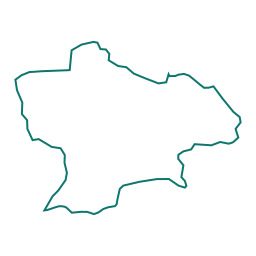 Kembé, Basse-Kotto, Central African Republic
{"feature_id": "33826404B30338372331060", "entity_name": "Kembé", "entity_type": "district", "adm_level": 2, "iso_a3": "CAF", "parent_name": "Central African Republic", "parent_adm1": "Basse-Kotto", "projection": "albers", "projection_center": [21.614, 4.522], "detail": "fine", "context": "isolated", "style": "outline", "palette": "teal", "viewbox_px": 256, "rotation_deg": 0, "n_neighbors": 0, "source": "geoboundaries", "source_scale": "gbopen_adm2", "svg_char_len": 1202}
<svg xmlns="http://www.w3.org/2000/svg" viewBox="0 0 256 256"><path d="M168.6,74.3L166.2,82.3L158.5,83.4L145.2,78.3L133.8,73.6L126.3,67.2L118.1,66.0L108.7,60.3L109.3,53.9L105.9,49.5L100.5,49.1L97.5,42.7L93.4,41.9L81.5,44.6L71.6,50.3L69.7,70.1L68.0,70.2L52.9,70.8L42.3,71.2L29.3,72.1L21.6,75.2L15.4,79.7L17.0,90.2L22.3,102.6L21.9,114.1L27.1,120.2L27.4,129.0L32.6,140.1L38.7,139.1L51.7,146.9L60.7,148.3L64.8,155.1L64.5,162.7L66.9,172.8L65.6,180.0L58.4,190.4L52.5,196.4L44.4,210.4L46.7,210.1L49.1,209.4L51.8,208.5L55.0,207.4L56.7,206.9L58.7,206.3L61.1,206.2L63.6,206.5L65.6,207.1L67.2,208.3L71.8,212.7L81.3,211.8L87.3,211.9L94.0,214.1L98.5,212.4L103.3,209.0L108.0,207.3L115.0,206.1L116.6,204.3L117.7,198.2L119.8,188.9L123.3,185.6L139.4,181.8L156.8,179.1L168.9,179.0L178.5,185.6L184.8,187.6L186.4,186.0L184.9,181.0L181.4,177.2L183.4,165.3L178.2,158.8L178.4,154.8L183.3,151.4L191.2,149.4L194.6,144.2L205.4,144.9L211.4,145.3L220.2,142.0L228.8,143.7L233.0,142.3L238.3,137.6L235.6,128.9L240.6,122.4L239.7,117.1L233.4,111.9L222.7,98.8L213.5,86.4L208.6,87.7L204.1,87.8L199.6,84.3L193.5,79.2L189.0,75.6L184.0,73.9L178.4,74.7L175.3,76.0L169.4,76.1L168.6,74.3Z" fill="none" stroke="#0f766e" stroke-width="2"/></svg>